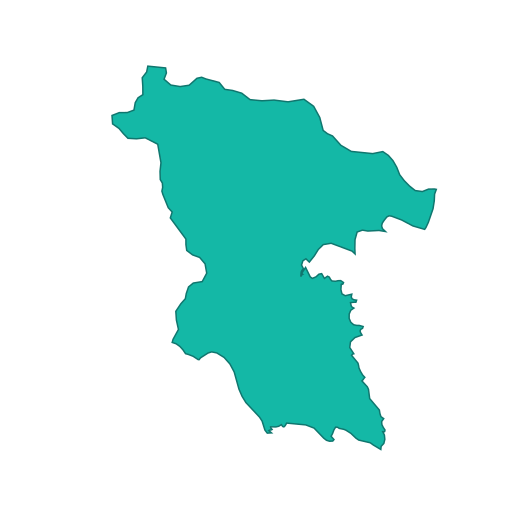 the Province of Burgas, rotated 19°
{"feature_id": "BGR-2254", "entity_name": "Burgas", "entity_type": "Province", "adm_level": 1, "iso_a3": "BGR", "parent_name": "Bulgaria", "parent_adm1": "", "projection": "natural_earth1", "projection_center": [27.462, 42.445], "detail": "fine", "context": "isolated", "style": "filled", "palette": "teal", "viewbox_px": 512, "rotation_deg": 19, "n_neighbors": 0, "source": "natural_earth", "source_scale": "10m", "svg_char_len": 3380}
<svg xmlns="http://www.w3.org/2000/svg" viewBox="0 0 512 512"><g transform="rotate(19 256 256)"><path d="M324.3,419.8L321.1,417.7L315.5,410.1L311.8,407.2L294.2,397.9L288.5,393.2L283.2,387.4L273.1,372.7L266.5,366.6L258.9,362.3L250.5,360.4L245.3,361.1L242.2,363.4L236.9,370.1L236.3,371.3L236.1,372.4L235.1,372.8L229.2,371.3L223.9,371.1L221.2,371.3L217.5,368.5L213.5,366.3L209.1,365.0L204.9,365.0L204.9,364.9L204.7,361.8L206.6,350.7L201.6,342.5L198.2,334.4L200.5,325.6L203.1,319.4L202.3,314.2L202.3,307.2L205.5,302.0L213.5,297.7L215.0,288.3L210.4,280.0L203.2,275.7L195.7,275.6L188.7,273.3L186.1,268.2L184.2,262.8L162.6,247.9L162.4,241.7L157.3,238.9L147.9,228.1L145.9,225.3L145.4,221.5L143.7,217.5L140.6,214.9L137.7,207.2L135.8,198.8L126.7,182.3L112.8,180.3L104.8,184.1L96.6,186.4L90.8,183.5L85.0,180.0L77.4,177.8L74.1,170.0L80.1,164.9L87.6,162.3L93.1,157.8L91.9,150.3L93.0,144.7L96.5,140.3L93.8,132.6L90.4,124.5L92.7,117.6L91.9,111.7L109.3,107.6L111.7,112.1L111.5,118.8L119.8,122.1L129.1,120.5L137.2,116.3L142.3,107.2L146.4,104.7L151.1,104.9L164.7,103.9L172.2,108.6L180.0,107.1L189.5,106.7L199.5,110.1L211.1,107.3L222.3,102.7L236.1,99.8L250.3,92.2L261.8,95.7L271.2,104.3L278.6,115.4L283.7,117.1L289.3,117.6L300.2,123.7L312.0,126.1L333.0,121.2L341.9,116.0L348.4,117.8L354.5,121.3L360.2,126.3L365.4,132.4L371.6,136.5L378.2,139.8L385.2,142.3L392.3,140.9L397.3,136.6L403.1,134.5L404.8,134.3L404.7,139.3L406.6,145.8L408.0,153.7L408.0,168.1L407.4,173.8L406.8,175.9L394.6,176.5L381.8,174.5L371.2,174.2L368.7,174.7L367.0,176.5L365.5,180.7L364.7,183.9L365.0,186.7L366.7,189.0L370.4,190.7L364.0,191.8L353.6,196.0L348.2,196.9L343.8,200.4L344.3,208.3L347.0,216.7L349.0,221.8L345.2,220.1L322.9,219.5L315.9,223.3L312.8,229.5L311.1,236.9L308.4,244.4L304.1,242.4L301.9,245.2L302.0,249.7L305.0,252.6L304.1,254.7L303.9,256.3L305.0,260.9L305.6,258.6L306.0,258.2L305.9,258.2L305.0,256.9L306.6,250.7L314.1,258.1L316.6,258.8L319.5,256.2L321.4,252.7L323.8,251.3L328.0,254.9L330.2,251.8L332.2,252.1L334.1,253.9L336.0,254.9L339.4,254.0L341.7,252.6L344.1,251.7L347.4,252.6L347.3,254.2L347.1,254.5L346.6,254.4L345.8,254.9L347.2,260.1L349.6,263.8L353.3,264.5L359.0,260.9L359.4,263.7L360.8,265.2L362.9,265.5L365.5,265.0L365.5,267.2L364.2,267.6L360.5,269.3L362.3,272.2L363.3,273.0L365.5,273.4L363.3,276.4L363.0,280.5L364.4,284.7L367.2,287.8L370.7,289.2L373.5,288.9L376.4,288.0L380.3,287.8L380.3,289.7L378.9,291.3L378.8,293.0L380.0,294.6L382.0,296.2L376.1,300.9L373.3,306.4L374.4,312.0L380.3,316.6L379.2,317.4L379.1,317.7L378.7,318.8L387.3,324.1L388.6,326.1L389.8,328.3L392.5,331.2L395.7,333.9L398.4,335.3L398.0,336.3L397.3,338.7L396.8,339.6L403.9,343.5L405.8,345.5L409.9,353.8L422.8,361.5L424.4,364.5L426.4,367.2L429.7,368.2L428.7,371.6L429.9,374.4L432.2,376.7L434.6,378.5L434.8,380.1L434.4,380.5L433.8,380.5L433.0,380.8L435.7,383.5L437.5,387.4L437.9,391.6L436.3,395.2L437.0,398.3L428.4,396.5L424.8,395.4L413.1,396.6L409.8,395.7L403.5,392.8L397.6,391.4L395.4,391.3L390.8,391.9L389.8,391.6L388.9,391.4L387.9,391.6L387.0,391.9L386.3,395.0L386.2,399.1L385.7,402.0L389.5,404.2L388.8,406.0L385.8,407.2L382.6,407.3L379.4,406.2L366.9,399.8L358.0,399.5L339.4,404.0L338.8,407.0L338.0,408.5L336.7,408.5L334.9,407.2L332.9,409.6L330.5,411.1L325.4,412.8L325.7,413.6L326.3,414.0L327.1,414.4L327.7,414.8L327.0,415.5L325.5,416.2L324.9,416.9L328.2,418.2L324.3,419.8Z" fill="#14b8a6" stroke="#0f766e" stroke-width="1.5"/></g></svg>